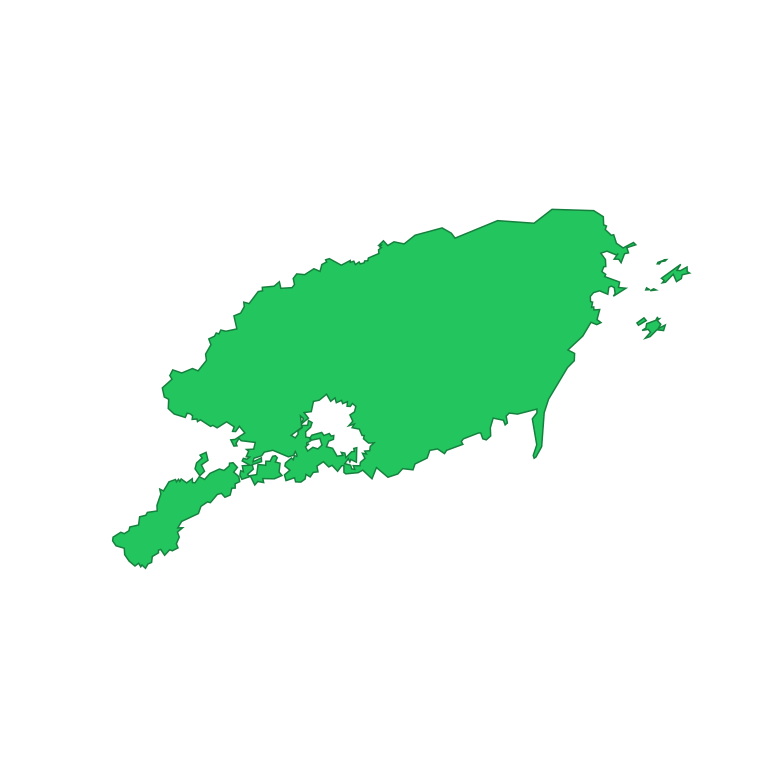 outline of Las Palmas, Veraguas, Panama, rotated 232°
{"feature_id": "35544464B23901142884801", "entity_name": "Las Palmas", "entity_type": "district", "adm_level": 2, "iso_a3": "PAN", "parent_name": "Panama", "parent_adm1": "Veraguas", "projection": "natural_earth1", "projection_center": [-81.526, 8.102], "detail": "fine", "context": "isolated", "style": "filled", "palette": "green", "viewbox_px": 768, "rotation_deg": 232, "n_neighbors": 0, "source": "geoboundaries", "source_scale": "gbopen_adm2", "svg_char_len": 6164}
<svg xmlns="http://www.w3.org/2000/svg" viewBox="0 0 768 768"><g transform="rotate(232 384 384)"><path d="M277.3,457.2L283.5,460.5L284.0,464.8L278.1,470.7L270.1,489.0L267.1,486.8L265.2,479.4L242.0,466.9L235.8,457.6L233.1,456.6L232.9,458.8L237.6,469.7L262.7,492.5L270.7,504.3L284.0,538.8L285.2,548.3L290.7,553.0L297.6,549.9L299.4,570.2L305.2,585.1L299.8,588.2L298.8,592.8L303.6,591.5L309.9,599.8L313.1,595.0L315.6,596.7L316.6,594.8L320.1,598.8L321.8,597.5L326.0,600.5L327.0,605.4L324.7,611.3L316.9,615.6L321.8,620.7L321.2,623.4L318.2,624.8L312.9,621.8L312.0,618.8L310.5,633.6L315.7,628.2L319.3,632.4L332.8,624.0L333.9,626.2L338.4,624.9L341.1,629.4L340.0,631.1L345.7,635.1L353.6,635.4L351.4,641.5L342.3,646.7L342.7,649.0L340.7,642.2L337.8,645.8L333.6,645.5L338.6,653.8L336.8,657.4L341.9,659.3L338.7,668.1L341.9,667.7L344.0,656.2L351.8,653.8L360.2,656.9L361.2,654.7L369.5,653.4L371.5,656.6L374.2,655.1L380.8,659.8L391.5,656.0L418.2,623.9L418.3,601.2L442.8,574.1L455.2,529.8L461.4,529.9L471.2,525.9L482.1,500.1L482.0,486.1L489.9,479.4L490.8,472.2L497.2,471.7L496.5,465.5L495.1,467.3L494.9,465.0L493.1,465.9L493.1,462.3L490.0,460.2L492.9,449.3L491.1,447.0L492.9,444.5L491.7,442.9L493.3,439.2L495.5,439.5L495.7,435.0L499.4,435.8L500.6,432.3L502.1,433.4L503.9,423.5L516.4,418.1L517.8,414.5L515.5,413.9L516.4,408.6L512.1,402.9L518.0,399.7L519.0,388.8L524.5,383.0L523.0,377.4L517.5,374.7L516.5,370.9L522.9,361.6L529.0,364.5L528.7,357.6L535.1,347.6L532.2,345.6L534.3,341.8L530.4,327.2L534.8,323.9L531.0,321.5L528.1,314.7L530.1,307.7L518.0,302.0L522.9,291.9L527.0,288.6L525.1,284.8L527.5,283.2L526.0,279.9L527.4,273.7L521.5,271.8L517.4,261.8L511.9,258.6L508.8,245.6L514.1,242.6L517.2,231.4L525.2,226.2L522.5,220.4L518.3,219.9L517.4,206.9L509.1,202.9L504.5,204.9L497.5,198.9L489.5,200.2L480.0,206.8L482.2,210.9L479.7,213.0L476.8,213.6L474.2,211.0L471.6,215.0L469.2,213.9L468.8,217.3L457.4,221.2L456.8,223.7L452.2,225.5L451.1,236.7L442.5,239.6L439.9,235.5L437.9,237.8L439.7,244.0L431.1,244.2L432.0,232.6L434.3,228.9L427.5,227.5L425.8,230.1L428.3,230.8L430.4,236.3L427.3,236.5L417.2,246.6L412.9,241.2L417.0,235.4L414.4,236.0L411.5,230.7L409.2,233.1L409.1,229.7L412.0,227.4L410.7,224.9L402.5,228.4L406.8,222.0L401.4,219.2L403.9,217.7L401.0,214.4L396.4,213.3L393.8,220.8L396.9,220.9L397.3,228.6L401.6,230.5L398.2,239.7L401.3,241.9L403.3,232.9L405.6,235.7L402.8,243.4L404.0,247.8L400.2,255.6L385.5,263.8L383.5,268.9L385.4,272.5L381.8,271.8L380.6,270.7L382.6,269.4L380.2,265.8L382.7,265.5L382.4,257.8L380.4,255.4L374.0,256.8L373.7,249.6L368.2,247.3L365.2,255.8L361.3,254.1L357.9,258.1L357.7,263.3L360.8,266.9L356.2,268.6L357.9,273.9L355.4,277.9L360.6,280.6L360.1,288.4L352.6,289.4L351.9,293.0L343.8,293.7L345.6,300.3L344.5,302.2L339.0,298.0L336.7,298.6L330.0,309.1L329.2,314.2L316.7,316.2L322.8,326.6L308.1,329.7L304.6,339.5L305.8,346.6L298.5,354.0L301.9,359.2L299.1,372.4L303.5,379.2L299.9,386.2L291.9,388.8L293.2,392.5L287.9,409.0L291.1,409.5L291.9,412.8L287.3,428.1L285.9,430.1L280.0,428.1L277.0,430.2L277.4,436.1L284.0,440.8L289.9,449.0L281.9,455.8L277.2,454.3L277.3,457.2ZM339.4,314.1L350.6,323.3L351.8,320.5L349.1,319.2L350.6,316.7L349.4,308.6L353.7,310.6L356.4,308.2L353.1,307.6L356.0,302.6L365.0,303.9L370.0,300.0L373.0,305.2L371.5,310.1L374.3,312.7L375.5,310.3L378.7,310.4L380.4,304.9L384.2,305.1L388.1,295.7L387.2,292.8L384.5,292.0L380.6,300.0L374.0,297.5L373.6,291.9L377.9,289.0L378.1,282.6L382.8,283.4L383.0,288.2L383.5,285.5L385.1,286.8L384.4,291.1L387.5,292.3L390.3,289.7L394.6,292.8L395.1,299.5L397.9,303.6L401.7,302.0L398.4,298.4L401.8,293.9L400.0,292.8L400.0,287.3L397.3,285.4L396.2,280.9L400.7,279.2L400.5,292.6L410.3,298.5L406.4,299.2L403.4,294.8L403.6,303.4L410.7,303.4L407.0,309.7L413.7,317.7L411.1,323.0L411.3,332.5L403.2,331.3L403.2,336.8L398.6,334.9L397.2,340.5L394.0,339.3L392.6,344.3L389.2,341.2L387.1,343.6L388.1,347.2L383.7,348.0L380.2,343.6L380.6,338.1L373.9,336.5L372.8,330.5L370.7,336.0L369.2,332.0L363.6,336.8L357.0,335.0L355.5,336.7L353.5,334.1L346.9,335.5L343.8,340.0L343.3,334.8L340.2,331.7L343.0,327.5L339.7,327.0L342.7,324.4L337.1,323.2L336.8,317.2L334.4,314.7L338.6,309.5L334.7,308.4L336.9,306.3L340.5,307.7L345.4,304.1L347.2,310.0L343.6,309.1L344.9,311.4L339.4,314.1ZM392.7,188.9L391.2,194.4L395.6,199.9L393.6,202.7L397.0,205.2L395.9,210.2L400.5,212.6L407.1,211.3L408.5,217.1L414.9,216.6L416.7,213.5L414.7,211.7L414.4,204.7L418.3,202.0L420.7,191.9L419.2,183.9L424.7,181.3L422.5,174.3L424.2,172.4L427.4,174.6L427.6,167.6L434.0,165.7L432.9,163.1L435.4,163.4L434.7,160.2L437.1,160.9L439.3,154.3L435.5,144.4L439.2,142.6L434.7,140.4L428.2,130.4L423.6,127.1L428.5,118.5L427.2,115.5L429.8,109.7L424.0,103.8L427.8,95.7L425.4,92.6L426.0,87.2L429.2,85.3L430.1,76.2L427.5,73.6L421.5,73.2L414.5,78.2L409.2,74.6L401.4,74.1L393.9,75.7L393.8,80.3L389.7,79.8L390.4,81.8L385.6,82.6L387.5,87.1L386.5,91.0L390.7,95.2L389.8,102.4L391.9,103.9L391.1,106.2L384.1,105.7L385.3,113.1L382.9,114.5L381.7,120.8L385.9,122.0L389.4,128.4L394.5,130.1L394.7,136.8L397.6,132.9L400.3,140.0L396.2,158.0L400.3,164.4L399.8,172.3L397.4,174.1L399.6,184.7L397.9,188.6L392.7,188.9ZM374.7,247.3L379.2,247.1L385.5,253.3L389.5,250.4L391.6,254.5L394.4,254.2L395.6,251.7L393.2,246.7L395.9,243.4L392.8,240.7L398.1,235.2L391.0,227.9L394.2,222.1L384.0,220.0L384.9,224.5L380.4,228.5L384.1,230.2L376.8,239.2L374.7,247.3ZM293.1,668.6L292.4,665.6L290.9,668.5L292.4,679.5L284.6,677.5L284.0,683.2L286.5,686.2L283.3,693.1L285.9,692.1L289.6,694.8L290.8,687.4L293.2,684.8L295.6,691.5L296.5,667.7L293.1,668.6ZM260.7,625.9L259.2,618.1L257.5,623.0L258.7,632.4L254.0,637.2L257.3,641.9L258.9,634.3L260.7,638.9L265.6,638.4L265.9,641.2L267.0,639.4L268.4,641.0L266.9,637.3L269.8,628.1L266.9,624.8L267.3,620.4L264.4,625.8L260.7,625.9ZM439.7,201.7L441.2,195.2L437.7,195.1L437.2,187.7L433.5,182.9L425.1,182.4L425.7,188.8L432.7,190.3L432.2,198.3L439.7,201.7ZM276.4,620.9L273.6,620.7L272.5,629.7L276.1,629.6L276.4,620.9ZM293.0,655.1L293.6,651.2L290.6,656.3L293.0,655.1ZM310.0,678.4L311.2,674.7L310.5,673.3L309.1,674.9L310.0,678.4ZM297.0,648.2L295.0,651.1L295.1,651.3L298.1,650.1L297.0,648.2ZM308.1,683.2L309.4,681.3L309.0,679.2L307.9,681.2L308.1,683.2Z" fill="#22c55e" stroke="#15803d" stroke-width="1.5"/></g></svg>